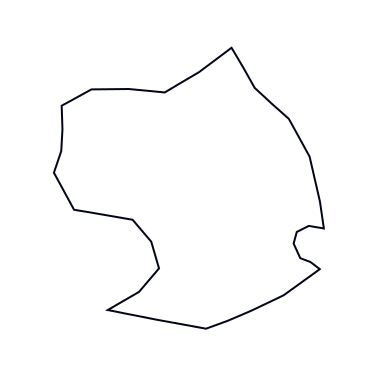 outline of Şuşa, rotated 68°
{"feature_id": "AZE-1737", "entity_name": "Şuşa", "entity_type": "District", "adm_level": 1, "iso_a3": "AZE", "parent_name": "Azerbaijan", "parent_adm1": "", "projection": "natural_earth1", "projection_center": [46.665, 39.686], "detail": "fine", "context": "isolated", "style": "outline", "palette": "ink", "viewbox_px": 384, "rotation_deg": 68, "n_neighbors": 0, "source": "natural_earth", "source_scale": "10m", "svg_char_len": 649}
<svg xmlns="http://www.w3.org/2000/svg" viewBox="0 0 384 384"><g transform="rotate(68 192 192)"><path d="M203.2,69.7L249.0,77.0L275.2,83.4L267.2,96.4L268.3,109.8L277.9,117.1L293.9,116.4L301.3,108.4L311.4,102.4L322.1,145.8L324.3,181.9L324.8,206.6L324.0,230.2L297.3,272.4L278.9,300.6L274.9,306.6L269.9,314.3L268.2,302.7L264.8,278.6L250.5,251.2L222.8,248.4L195.4,257.5L195.3,257.8L171.5,296.2L164.3,308.0L122.4,312.8L105.1,297.9L85.5,288.7L63.2,280.5L59.2,246.8L72.8,212.1L84.0,190.5L89.5,180.0L87.2,165.3L83.5,140.6L73.1,101.3L96.1,97.8L100.8,97.2L118.9,94.9L139.9,85.0L160.5,74.8L203.2,69.7Z" fill="none" stroke="#020617" stroke-width="2"/></g></svg>